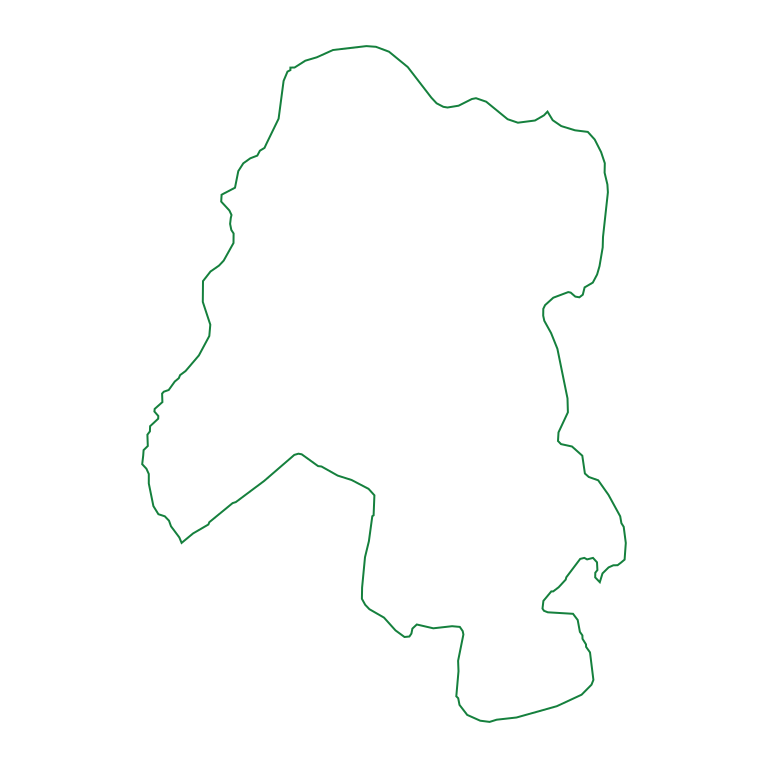 outline of Ipala, Chiquimula, Guatemala
{"feature_id": "79465075B7392170561334", "entity_name": "Ipala", "entity_type": "district", "adm_level": 2, "iso_a3": "GTM", "parent_name": "Guatemala", "parent_adm1": "Chiquimula", "projection": "orthographic", "projection_center": [-89.607, 14.58], "detail": "fine", "context": "isolated", "style": "outline", "palette": "green", "viewbox_px": 768, "rotation_deg": 0, "n_neighbors": 0, "source": "geoboundaries", "source_scale": "gbopen_adm2", "svg_char_len": 2572}
<svg xmlns="http://www.w3.org/2000/svg" viewBox="0 0 768 768"><path d="M599.8,582.2L602.5,573.4L608.6,567.4L613.3,565.3L617.6,565.2L621.0,562.6L624.6,559.6L625.8,543.0L623.7,526.8L621.4,523.2L620.2,516.3L608.5,494.9L598.2,480.3L588.8,477.0L584.9,473.5L582.3,455.7L572.0,446.5L561.0,444.1L558.0,441.0L558.5,432.4L567.9,412.3L567.5,398.4L557.4,348.8L551.1,333.1L544.3,320.8L543.2,315.7L543.3,308.8L545.1,305.1L553.3,297.7L568.2,292.1L570.7,292.6L575.3,296.6L579.4,297.3L582.8,294.7L584.6,287.4L592.8,282.6L597.1,274.5L599.5,266.2L602.7,247.4L603.0,237.0L607.9,192.3L607.4,184.5L604.6,172.7L604.8,163.2L601.1,152.1L594.7,139.5L587.8,131.9L575.0,130.3L561.3,126.1L552.7,120.2L547.5,111.6L544.0,115.3L535.0,120.5L517.9,122.7L507.6,119.2L486.2,101.7L476.0,98.2L471.9,99.0L458.6,105.7L447.5,107.5L443.3,106.8L436.6,103.3L431.3,97.6L407.8,67.1L389.0,51.7L375.9,46.8L366.4,46.1L333.0,50.0L316.8,57.3L305.3,60.7L294.6,67.5L290.4,67.6L290.4,70.1L287.5,71.6L283.6,80.9L278.6,118.7L266.4,143.8L264.5,147.9L259.9,150.7L257.3,155.6L250.3,158.3L243.3,163.3L238.3,171.1L235.0,187.7L221.6,194.7L221.2,201.6L229.4,210.5L231.5,215.0L230.8,217.9L230.1,223.9L231.3,229.9L233.6,233.5L233.5,243.0L223.7,260.6L219.0,265.6L210.5,271.5L203.0,281.1L202.8,301.9L210.3,324.7L209.3,336.0L198.9,355.4L185.6,371.0L180.1,375.1L178.8,378.2L174.8,381.5L168.7,390.0L163.8,391.7L162.1,393.6L162.4,402.1L154.7,408.9L154.4,411.5L158.3,416.0L158.2,418.7L150.1,426.2L149.9,431.4L147.4,434.7L147.8,446.0L143.6,450.1L143.2,455.6L142.2,464.2L146.4,468.7L148.8,474.0L148.8,483.5L153.4,506.1L158.4,514.2L164.8,516.3L169.0,520.7L171.0,526.3L179.3,537.4L181.6,542.9L193.1,533.4L208.4,524.5L209.3,522.2L232.6,503.1L235.8,502.1L264.2,480.9L294.3,454.9L298.4,453.7L301.7,454.3L318.1,466.1L321.5,466.5L337.7,475.6L351.6,480.0L368.6,488.9L374.4,495.3L373.6,515.3L372.3,516.2L368.9,541.2L365.0,557.2L362.1,587.5L361.9,598.8L365.2,604.8L369.4,609.2L384.0,617.6L395.5,630.4L404.5,637.0L409.4,636.5L411.4,633.6L412.4,628.6L416.8,624.5L433.3,628.3L452.1,626.2L459.8,626.9L462.7,631.1L463.4,634.5L458.1,660.8L458.5,671.2L456.3,696.3L458.2,698.2L459.5,704.9L467.2,714.9L480.2,720.7L489.6,721.9L496.7,719.7L516.5,717.5L556.8,706.2L581.6,694.7L591.5,684.7L593.4,679.9L590.0,652.4L586.1,646.9L586.0,644.4L582.5,638.8L582.4,635.4L579.9,631.9L577.7,620.0L573.0,613.8L547.8,612.3L544.0,610.8L542.5,608.6L543.4,600.9L551.3,591.4L553.2,591.4L558.7,587.2L565.7,579.6L566.3,577.3L580.2,558.9L584.3,557.9L587.1,559.4L593.0,557.9L597.0,562.3L597.4,570.1L595.3,572.7L595.2,577.4L599.8,582.2Z" fill="none" stroke="#15803d" stroke-width="2"/></svg>